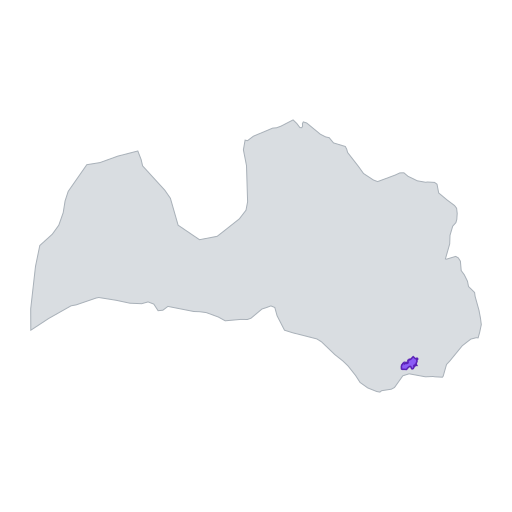 Ūdrīšu pag., Kraslavas, Latvia shown in context
{"feature_id": "27541924B10135077648270", "entity_name": "Ūdrīšu pag.", "entity_type": "district", "adm_level": 2, "iso_a3": "LVA", "parent_name": "Latvia", "parent_adm1": "Kraslavas", "projection": "albers", "projection_center": [27.063, 55.925], "detail": "fine", "context": "in_parent", "style": "filled", "palette": "violet", "viewbox_px": 512, "rotation_deg": 0, "n_neighbors": 0, "source": "geoboundaries", "source_scale": "gbopen_adm2", "svg_char_len": 4462}
<svg xmlns="http://www.w3.org/2000/svg" viewBox="0 0 512 512"><path d="M379.9,392.1L376.7,391.5L367.7,387.9L360.1,382.5L355.6,375.5L347.9,365.8L342.8,360.9L334.8,354.6L321.6,341.9L316.8,338.9L293.1,332.9L284.5,330.2L277.1,315.8L274.8,307.5L270.9,305.9L266.6,307.5L262.0,309.0L251.0,318.2L247.4,319.5L240.8,319.4L225.2,320.8L218.3,317.0L206.3,312.6L199.7,311.7L193.8,311.5L167.9,306.4L162.9,310.2L158.1,310.7L153.8,304.1L148.1,301.9L141.6,303.7L129.9,303.2L116.3,300.3L98.8,297.5L96.2,298.0L76.1,304.9L71.1,305.8L48.8,318.4L30.8,330.2L30.7,308.8L35.5,266.4L39.8,245.5L52.3,234.2L58.8,225.2L63.2,212.7L65.1,200.9L68.2,191.4L86.8,164.7L99.9,162.6L117.9,156.1L137.8,151.0L141.1,159.5L142.6,165.9L164.8,190.2L170.4,198.3L178.1,225.2L199.5,239.7L217.2,236.3L225.0,230.2L239.4,218.8L246.0,210.2L247.6,201.8L246.5,165.6L243.4,149.8L245.1,140.1L247.5,140.7L253.4,136.2L272.7,128.1L276.5,127.8L280.9,126.2L293.1,119.9L296.8,123.5L299.9,127.6L301.7,127.7L302.6,126.3L302.4,123.7L303.3,121.9L306.7,123.0L320.3,134.2L325.6,136.9L329.2,137.7L333.5,142.9L345.3,146.5L346.7,149.2L347.6,152.5L358.5,166.5L363.5,173.5L373.4,180.0L377.6,181.6L395.1,175.1L399.9,172.9L403.9,172.8L408.0,176.3L417.3,180.8L425.8,182.3L427.3,182.0L434.5,182.4L437.0,184.2L438.7,193.0L447.0,199.9L454.6,205.6L456.6,208.3L457.2,213.4L456.8,219.4L455.9,222.6L452.7,226.2L450.0,235.3L449.7,243.9L445.4,258.9L446.4,259.2L455.7,256.4L458.3,257.9L460.4,261.2L461.2,270.6L464.3,274.8L467.5,281.3L468.5,286.5L474.6,292.5L475.1,296.4L479.0,310.4L480.5,318.4L481.3,324.6L479.6,332.6L478.1,337.9L476.2,337.7L470.8,339.1L462.3,345.7L449.7,361.1L446.5,364.5L443.2,376.1L442.4,377.2L435.0,376.8L432.9,376.5L425.4,376.8L409.1,373.8L402.8,375.8L394.5,387.5L391.3,389.2L381.6,390.7L379.9,392.1Z" fill="#d9dde1" stroke="#a8b0b8" stroke-width="1"/><path d="M414.1,366.9L414.0,366.7L413.9,366.6L413.9,366.2L414.1,366.3L414.3,366.3L414.2,366.0L414.1,365.6L414.9,365.7L415.1,365.7L415.1,365.4L415.1,365.2L415.3,365.3L415.5,365.3L415.6,365.5L415.6,365.4L415.8,365.4L416.0,365.4L416.3,365.4L416.2,365.3L416.3,365.3L416.3,365.2L416.2,365.1L416.3,365.1L416.2,365.0L416.3,364.9L416.2,364.8L416.3,364.8L416.3,364.7L416.2,364.7L416.3,364.6L416.2,364.5L416.1,364.4L415.9,364.3L415.8,364.2L416.3,364.0L416.3,363.8L416.2,363.8L416.2,363.7L416.3,363.4L416.3,363.2L416.2,363.1L416.3,362.9L416.6,362.4L416.6,362.2L416.8,362.0L416.9,361.8L416.9,361.7L417.0,361.6L416.9,361.3L416.9,361.2L416.9,360.9L416.8,360.7L416.8,360.3L416.9,360.2L416.8,359.9L417.1,360.0L417.2,359.8L417.3,359.7L417.6,359.4L417.7,358.9L417.6,358.6L417.5,358.4L417.2,358.2L416.9,358.2L416.9,358.3L416.6,358.5L416.4,358.5L416.2,358.6L415.8,358.7L415.7,358.7L415.2,358.5L414.8,358.1L414.5,357.9L413.9,357.3L413.7,357.1L413.3,356.8L413.2,356.7L413.1,356.8L412.8,357.0L412.6,357.2L412.3,357.5L412.2,357.7L412.1,357.8L411.8,358.1L411.5,358.5L411.2,358.6L411.1,358.8L410.9,359.0L410.6,359.2L410.6,359.3L410.4,359.4L410.3,359.5L410.2,359.5L409.9,359.6L409.7,359.7L409.5,359.8L409.4,359.6L409.3,359.2L409.2,359.2L409.0,359.5L408.9,359.6L408.1,360.7L407.9,360.6L407.9,360.9L407.9,361.0L408.0,361.2L408.0,361.3L408.0,361.5L408.2,361.4L408.1,361.5L408.1,361.8L407.8,362.0L408.0,362.3L407.8,362.5L408.0,362.6L408.0,362.8L407.9,362.8L407.7,363.0L407.4,363.1L407.3,363.3L407.2,363.3L406.8,363.4L406.9,363.1L406.8,362.8L406.5,362.7L406.6,363.0L406.3,363.1L406.2,362.9L406.1,363.1L405.9,363.1L405.7,363.2L404.9,363.6L404.8,363.4L404.7,363.4L404.7,363.5L404.7,363.4L404.6,363.5L404.6,363.4L404.4,363.4L404.2,363.3L404.1,363.2L403.8,362.8L403.8,362.7L403.7,362.8L403.3,363.0L402.9,363.4L402.6,363.7L402.5,364.3L402.5,364.5L402.4,364.5L402.2,364.6L402.0,364.8L401.9,364.8L401.7,364.9L401.7,365.0L401.6,365.4L401.5,366.1L401.3,366.8L401.3,367.0L401.3,367.3L401.4,367.5L401.6,367.8L401.7,368.0L401.4,368.5L401.4,368.8L401.5,369.0L401.8,369.2L402.2,369.3L403.0,369.4L403.7,369.3L403.9,369.2L404.1,369.3L405.0,369.4L405.5,369.4L405.8,369.4L406.1,369.5L406.3,369.5L406.6,369.4L406.8,369.2L407.1,368.7L407.4,368.2L407.6,368.1L407.9,367.9L408.1,367.7L408.2,367.4L408.3,367.3L408.5,367.2L409.0,366.9L409.5,366.5L409.8,366.5L410.0,366.5L410.3,366.4L410.5,366.4L410.6,366.5L410.9,367.0L411.0,367.1L411.1,367.4L411.1,367.6L411.2,367.8L411.4,368.1L411.6,368.3L411.6,368.6L411.8,368.8L412.0,368.9L412.3,368.9L412.5,368.8L412.9,368.7L413.1,368.6L413.3,368.5L413.4,368.4L413.5,368.0L413.5,367.9L413.6,367.7L413.8,367.4L413.8,367.2L414.1,366.9Z" fill="#8b5cf6" stroke="#5b21b6" stroke-width="1.5"/></svg>